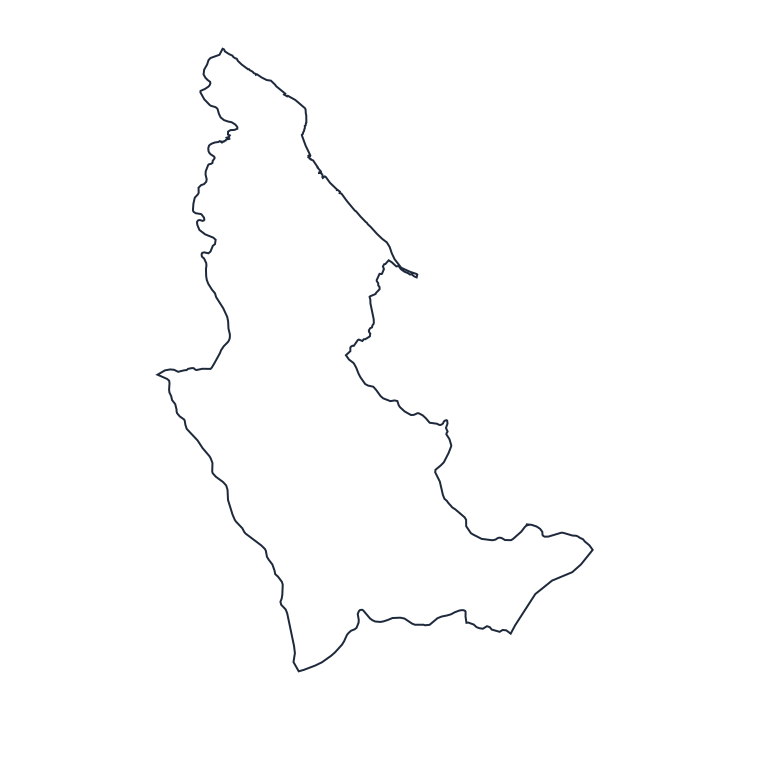 Pidie, Aceh, Indonesia, rotated 11°
{"feature_id": "22746128B35853530005037", "entity_name": "Pidie", "entity_type": "district", "adm_level": 2, "iso_a3": "IDN", "parent_name": "Indonesia", "parent_adm1": "Aceh", "projection": "orthographic", "projection_center": [95.912, 5.113], "detail": "fine", "context": "isolated", "style": "outline", "palette": "slate", "viewbox_px": 768, "rotation_deg": 11, "n_neighbors": 0, "source": "geoboundaries", "source_scale": "gbopen_adm2", "svg_char_len": 6152}
<svg xmlns="http://www.w3.org/2000/svg" viewBox="0 0 768 768"><g transform="rotate(11 384 384)"><path d="M510.5,602.7L512.3,602.1L518.0,603.0L521.2,605.0L524.1,605.5L527.7,605.4L531.3,602.1L534.2,602.5L536.6,604.5L544.8,605.2L547.4,602.8L551.1,602.5L556.0,604.9L558.7,596.0L572.6,561.3L586.5,544.9L604.7,532.8L611.8,523.5L620.5,507.0L616.3,503.1L611.2,500.3L608.9,498.4L605.9,497.7L603.5,496.7L601.7,496.3L597.9,496.8L588.4,495.9L586.5,496.1L574.5,502.4L570.9,503.2L569.4,502.8L568.4,501.9L567.6,498.9L564.9,496.4L561.1,494.8L555.9,494.1L550.2,494.6L551.8,495.3L550.8,495.8L549.6,497.4L546.9,502.8L540.3,511.4L538.6,513.0L532.6,514.1L528.7,512.7L526.6,512.8L525.1,513.5L523.1,515.5L520.2,516.7L509.4,517.4L500.0,514.7L497.7,513.8L491.8,507.9L490.5,501.6L488.6,499.5L477.6,493.3L474.7,492.2L469.6,488.3L468.1,486.8L465.2,485.1L463.0,481.7L457.4,469.1L451.1,460.9L450.9,458.4L455.4,452.9L457.7,449.4L460.6,439.3L461.8,432.6L461.7,431.3L458.8,425.7L454.8,421.5L454.8,420.4L455.5,418.6L453.2,415.3L453.9,410.8L453.0,407.9L452.2,407.6L450.7,408.4L449.9,409.4L449.4,411.5L448.4,412.7L447.1,413.5L445.8,413.6L443.7,412.9L436.2,413.3L431.7,409.7L428.0,407.4L424.1,406.2L422.6,406.2L419.2,408.6L416.4,409.3L409.5,407.0L404.1,403.7L402.4,401.9L400.4,398.2L397.6,398.1L393.5,399.6L385.8,398.2L382.8,396.4L377.5,391.4L374.0,388.7L368.7,388.6L365.5,387.6L359.5,381.8L357.1,378.8L353.6,373.3L350.8,369.9L349.9,369.1L345.0,366.7L341.1,363.0L344.7,358.2L344.0,354.7L344.5,353.6L345.7,352.5L347.1,352.3L349.9,345.9L350.8,345.2L354.6,345.9L355.5,344.0L357.2,343.5L361.0,340.0L360.9,337.2L359.4,335.7L358.9,334.4L359.7,332.0L361.4,330.7L361.5,328.5L362.3,327.0L362.3,325.7L361.5,322.3L355.3,307.5L354.5,303.8L353.2,301.2L353.6,300.6L358.5,297.3L358.9,295.9L361.6,291.8L361.1,289.6L359.6,288.4L359.0,286.0L357.3,284.5L357.0,283.4L358.6,276.7L360.7,276.5L361.0,276.1L362.0,271.2L360.5,268.8L361.3,266.4L362.5,265.9L365.0,261.7L368.4,263.0L373.6,266.2L375.4,265.6L376.2,265.7L378.6,268.0L380.5,268.9L382.5,269.8L386.7,270.7L388.6,271.6L390.7,270.6L391.0,271.5L393.1,272.6L395.7,273.1L395.8,270.2L395.0,269.8L388.2,268.9L378.7,266.6L370.6,259.5L366.7,254.2L363.4,248.4L359.7,244.4L354.6,241.9L348.5,238.0L340.9,232.3L337.5,230.2L336.3,228.9L335.4,228.6L329.1,224.2L323.7,219.9L322.1,219.2L312.9,211.7L305.9,205.2L304.0,205.1L304.1,203.7L301.6,202.4L300.7,202.6L300.5,201.9L292.6,196.8L287.5,192.0L286.3,191.5L284.6,193.4L284.0,192.6L284.4,192.1L283.4,190.1L281.6,188.9L280.0,189.3L280.0,188.6L281.7,187.9L281.4,187.3L277.5,184.3L277.7,184.0L271.8,178.1L269.4,177.6L269.3,177.2L268.0,177.0L267.5,176.1L266.7,175.9L266.9,175.5L266.2,174.5L266.5,174.2L267.3,174.8L268.0,174.6L268.1,173.7L261.6,165.0L256.0,155.7L255.8,155.1L256.6,154.1L256.7,152.1L257.3,150.6L257.1,149.3L257.5,147.9L257.0,145.7L257.7,145.2L257.6,142.5L257.9,142.2L256.4,135.0L255.7,133.6L254.6,129.4L253.7,128.3L242.7,122.1L234.8,119.5L233.7,119.6L234.3,119.7L234.1,120.1L230.7,119.0L231.6,117.8L221.2,112.2L220.2,111.1L215.1,107.8L210.9,108.0L205.5,106.5L200.4,104.3L199.3,104.9L199.0,104.1L196.9,103.7L195.4,102.5L192.3,101.5L191.3,100.7L190.5,101.0L183.6,97.7L179.0,94.8L177.4,92.8L176.0,92.7L173.7,91.8L172.6,90.6L169.2,89.8L164.4,87.9L163.1,86.1L161.6,85.7L159.7,92.2L151.5,97.1L150.0,99.4L149.4,104.1L147.5,109.7L147.8,114.5L150.2,117.4L152.8,119.2L155.7,120.6L156.2,122.1L155.8,124.1L155.0,125.5L152.0,128.5L148.0,131.3L148.1,132.7L153.2,138.8L159.7,143.4L161.3,144.0L165.4,144.3L167.0,144.9L168.2,145.9L170.4,150.3L172.8,153.5L176.6,155.5L181.0,156.1L184.4,156.1L188.4,157.6L190.4,159.2L191.1,160.0L191.3,161.4L188.7,163.1L184.8,164.1L182.8,166.0L183.2,168.9L185.2,169.4L184.5,171.1L182.8,172.1L184.1,172.7L185.3,172.5L185.4,172.9L182.4,174.1L182.1,175.3L180.8,175.9L180.4,176.8L178.7,177.0L179.0,177.6L178.8,177.9L176.5,176.9L175.1,178.1L172.1,179.1L169.8,180.4L168.0,181.8L166.8,183.3L166.5,186.0L167.3,188.9L168.3,190.3L170.0,191.6L173.7,193.1L174.5,194.0L174.6,194.9L173.3,197.6L173.4,199.8L172.0,201.0L170.3,201.7L169.6,202.6L168.4,209.3L168.9,212.6L170.9,216.9L170.9,219.4L169.1,222.2L166.5,223.7L164.5,226.7L165.6,231.6L165.1,233.4L162.7,237.2L162.5,243.3L163.3,250.0L164.1,251.2L166.5,252.3L171.5,252.1L172.5,252.3L175.6,255.1L176.3,257.1L175.9,257.8L174.8,258.5L171.9,258.2L171.0,258.5L170.4,258.8L169.6,260.2L169.7,261.5L170.5,263.6L173.4,268.0L179.8,271.2L188.5,272.9L191.2,274.5L191.4,278.9L189.6,281.0L188.4,287.1L186.7,289.2L182.4,289.1L180.6,289.9L180.2,291.4L180.7,293.2L181.2,293.9L183.4,295.1L186.4,299.2L187.1,301.6L187.3,305.1L188.9,312.2L190.2,315.7L192.4,319.2L197.1,324.2L200.8,327.2L202.6,330.7L211.8,340.4L217.2,347.9L219.0,352.1L220.7,359.1L223.3,364.9L223.8,367.9L223.7,369.8L223.0,372.2L219.5,377.5L217.6,382.0L217.1,384.9L213.6,395.8L211.8,400.8L210.8,402.3L202.8,403.7L197.2,406.1L195.8,405.8L194.2,404.8L192.5,405.0L188.8,406.5L187.6,408.0L185.2,408.7L179.6,411.3L175.2,410.1L171.3,410.5L166.4,412.4L159.9,418.1L170.1,420.4L172.4,421.7L173.3,424.1L174.1,430.5L175.0,433.3L177.4,436.5L179.0,440.2L182.9,443.6L185.3,448.8L185.5,450.2L186.5,452.2L189.7,454.8L194.6,457.0L195.4,458.1L196.9,462.1L198.9,465.7L211.8,475.0L218.2,481.6L226.6,488.3L228.1,490.1L230.7,494.3L232.1,502.8L232.9,504.3L236.6,507.1L245.0,511.1L248.5,513.8L250.6,517.7L253.0,527.6L260.3,541.2L263.3,545.6L264.8,547.2L272.5,552.7L275.3,556.2L276.8,557.3L294.4,565.9L298.5,568.6L299.8,570.2L302.1,576.0L304.5,578.6L308.9,582.5L312.1,588.0L313.5,591.4L316.8,593.4L321.6,597.8L322.9,600.4L324.4,610.3L324.5,614.2L323.9,617.6L325.2,620.3L330.5,624.1L332.7,627.5L345.7,658.4L347.9,665.2L348.2,674.2L355.1,682.3L359.7,680.0L370.2,673.5L376.2,669.0L384.0,660.8L387.1,656.8L392.5,647.9L393.9,644.2L395.5,637.4L396.7,635.2L398.7,632.5L402.0,630.4L403.6,628.5L404.6,623.1L404.2,620.3L402.1,614.8L402.7,611.7L403.7,610.4L405.6,609.8L406.9,610.3L415.0,616.8L417.7,618.1L420.7,618.8L425.6,618.3L428.4,617.3L432.6,615.0L437.0,612.1L444.5,610.3L448.8,610.3L457.4,613.9L460.3,614.4L468.5,612.8L470.3,613.0L474.7,611.7L481.2,603.7L484.9,601.3L490.0,599.2L493.7,597.3L497.1,594.5L501.2,592.0L503.6,591.1L505.5,590.9L507.0,591.3L507.6,592.2L508.4,596.7L510.5,602.7Z" fill="none" stroke="#1e293b" stroke-width="2"/></g></svg>